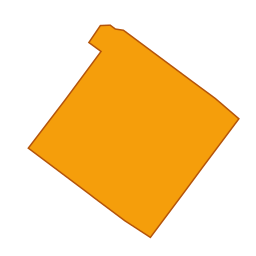 the district of Monroe, Wisconsin, United States of America, rotated 37°
{"feature_id": "52423323B24305345772996", "entity_name": "Monroe", "entity_type": "district", "adm_level": 2, "iso_a3": "USA", "parent_name": "United States of America", "parent_adm1": "Wisconsin", "projection": "orthographic", "projection_center": [-90.628, 43.943], "detail": "fine", "context": "isolated", "style": "filled", "palette": "amber", "viewbox_px": 256, "rotation_deg": 37, "n_neighbors": 0, "source": "geoboundaries", "source_scale": "gbopen_adm2", "svg_char_len": 368}
<svg xmlns="http://www.w3.org/2000/svg" viewBox="0 0 256 256"><g transform="rotate(37 128 128)"><path d="M211.0,53.9L180.1,51.9L150.6,52.2L65.5,52.7L58.3,56.6L51.9,56.6L44.3,62.8L45.3,83.3L60.4,83.1L60.9,143.3L60.5,204.1L137.2,204.0L142.8,204.1L181.2,204.0L211.7,201.9L211.5,145.0L211.2,114.6L211.0,53.9Z" fill="#f59e0b" stroke="#b45309" stroke-width="1.5"/></g></svg>